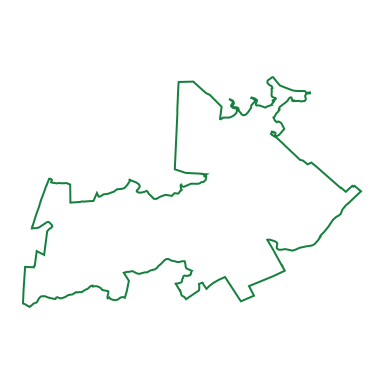 outline of Snagov, Ilfov, Romania
{"feature_id": "2599482B17655976887004", "entity_name": "Snagov", "entity_type": "district", "adm_level": 2, "iso_a3": "ROU", "parent_name": "Romania", "parent_adm1": "Ilfov", "projection": "natural_earth1", "projection_center": [26.137, 44.692], "detail": "fine", "context": "isolated", "style": "outline", "palette": "green", "viewbox_px": 384, "rotation_deg": 0, "n_neighbors": 0, "source": "geoboundaries", "source_scale": "gbopen_adm2", "svg_char_len": 5956}
<svg xmlns="http://www.w3.org/2000/svg" viewBox="0 0 384 384"><path d="M49.1,178.8L46.5,185.6L46.3,185.6L43.4,193.8L41.4,199.0L40.0,203.3L39.1,206.6L36.0,215.1L32.6,226.0L32.4,226.0L31.9,228.4L36.4,228.1L38.9,227.5L46.3,222.6L47.7,221.9L49.0,222.2L51.2,224.3L52.0,225.4L52.3,226.6L51.0,228.0L49.3,228.9L47.2,231.3L44.1,254.9L36.7,251.1L34.8,265.6L34.6,266.0L33.9,266.3L33.8,267.3L25.1,266.9L23.6,289.4L23.0,303.5L24.6,304.0L28.3,306.2L29.1,306.3L29.5,306.9L30.8,306.1L33.4,303.7L36.2,302.6L37.0,302.1L39.1,298.2L40.1,297.2L41.2,296.4L41.9,296.2L43.5,296.4L44.3,296.1L44.9,296.2L48.5,297.6L54.6,299.0L55.5,298.9L56.2,297.6L57.2,297.2L60.7,298.4L61.4,298.3L64.7,297.2L66.3,296.4L68.1,295.1L72.4,294.4L76.1,292.1L77.3,292.5L79.0,292.1L81.8,292.1L84.0,290.5L87.9,288.6L90.6,286.1L91.9,285.7L92.7,285.6L92.9,286.5L95.3,286.2L97.4,286.3L100.5,287.9L101.2,288.5L102.0,289.7L102.5,290.0L108.1,291.2L108.4,291.8L108.2,293.5L107.5,296.4L107.5,297.8L107.7,298.3L109.4,297.5L109.7,298.3L110.8,299.0L112.5,299.7L115.3,300.2L117.7,299.6L120.3,297.7L122.2,297.1L123.2,297.1L124.8,297.8L126.6,291.9L128.9,280.8L123.8,272.8L126.8,271.9L128.9,271.9L131.8,271.2L132.6,271.2L136.7,273.3L138.6,273.8L140.4,273.6L144.6,272.4L147.2,272.3L150.3,270.5L154.7,269.4L155.9,268.8L157.1,267.7L158.5,265.9L160.7,264.2L164.7,260.0L166.7,259.0L168.4,259.1L169.4,259.4L171.4,260.6L175.3,261.4L177.5,262.1L179.0,262.0L182.6,261.2L184.4,261.2L184.8,261.4L185.3,263.8L185.6,265.3L185.5,266.4L186.4,268.4L191.8,270.8L191.5,271.0L191.5,271.7L190.9,273.2L191.0,273.8L190.0,275.2L189.3,275.1L188.9,275.6L187.7,275.9L186.0,275.9L184.9,275.5L183.6,276.0L183.0,277.4L183.1,278.0L182.6,278.4L182.2,279.4L182.1,280.8L181.3,282.4L178.4,283.3L175.7,283.7L179.1,289.3L179.7,290.6L180.2,290.4L181.6,295.5L184.6,297.2L186.0,299.2L199.0,290.4L199.2,289.9L199.2,287.6L199.4,286.6L198.9,284.0L202.4,282.7L202.7,282.8L203.6,284.8L206.5,288.9L209.0,286.3L212.9,283.2L218.8,279.8L225.0,277.0L240.9,301.3L254.0,295.7L249.0,286.1L273.2,276.2L284.8,270.7L282.4,266.5L282.6,266.3L282.0,265.3L281.8,265.5L272.9,249.3L267.3,239.8L267.9,239.6L269.6,239.7L271.6,240.2L275.5,241.6L276.4,242.2L277.3,243.4L276.7,247.3L276.7,248.0L277.8,249.2L279.0,249.7L280.7,249.8L285.3,249.1L292.0,250.5L293.1,250.5L295.6,249.6L299.6,247.8L306.6,246.3L310.7,245.7L313.0,245.1L314.8,243.9L318.6,239.6L320.2,237.1L319.8,237.1L320.8,235.2L324.0,232.1L328.3,226.8L333.0,219.8L336.5,216.7L338.5,215.7L340.7,214.0L342.4,209.5L346.1,205.1L348.2,203.4L361.0,191.3L354.4,185.8L353.3,186.7L352.3,185.8L345.8,191.8L341.0,187.7L340.7,188.0L316.7,166.9L311.4,162.6L307.6,164.3L302.9,160.5L300.1,159.9L284.0,144.7L283.7,144.9L284.0,144.6L282.9,143.5L275.9,137.1L275.2,136.8L279.1,134.9L284.3,128.9L281.1,122.9L278.6,121.5L277.0,122.1L276.9,121.7L276.1,121.7L274.8,120.4L273.5,117.5L274.1,117.4L276.3,113.5L278.1,111.7L279.3,110.0L278.8,109.9L279.3,108.6L279.0,108.4L279.8,106.9L286.8,101.5L287.7,100.6L288.9,98.4L290.4,97.4L291.4,97.5L291.7,98.1L291.9,99.9L292.6,101.0L293.5,101.1L293.6,100.6L293.9,100.3L295.2,101.1L299.0,100.8L301.3,101.5L302.8,101.1L304.4,101.1L305.1,100.6L305.9,99.1L305.8,98.4L305.4,97.3L305.1,95.9L306.2,93.8L306.7,93.6L310.1,93.3L309.9,92.4L306.1,93.0L305.7,91.8L304.9,91.1L296.2,90.9L292.9,90.5L282.6,86.6L279.7,85.3L273.0,77.1L271.8,77.4L270.9,78.3L268.2,80.0L267.5,81.2L267.3,82.1L267.5,83.0L268.2,83.9L270.3,85.6L271.6,86.1L272.5,88.1L271.5,89.0L271.7,89.8L271.8,91.2L271.6,93.3L271.6,95.5L271.6,95.9L272.4,96.9L274.5,97.9L275.3,97.9L275.8,98.5L275.4,99.4L274.8,99.8L273.2,100.1L272.6,100.5L272.7,100.8L274.0,101.1L274.0,101.3L271.1,105.0L271.3,105.1L267.3,106.4L265.3,107.6L259.9,105.6L258.3,105.4L256.6,105.5L256.2,105.2L255.8,104.4L256.1,103.2L256.9,100.9L256.9,100.0L254.3,98.2L251.5,97.5L251.3,97.9L251.8,97.9L254.6,99.8L254.9,100.4L255.0,101.3L254.5,102.0L253.2,103.2L253.3,103.3L252.7,104.0L253.0,104.4L252.7,104.1L252.4,104.3L252.7,104.6L252.3,104.4L252.1,104.7L252.4,105.0L252.0,104.7L251.3,105.4L251.1,107.9L250.1,109.1L248.4,111.8L246.8,113.7L245.3,114.9L243.5,115.2L242.8,115.1L241.3,114.1L240.8,112.8L239.1,111.4L238.3,108.1L237.0,107.4L235.7,107.2L233.9,107.3L232.9,106.6L232.3,105.8L233.6,104.1L233.9,103.2L233.6,102.0L232.9,100.8L232.2,100.3L229.9,99.3L229.8,99.6L232.0,100.8L232.6,101.3L232.8,101.9L232.3,103.7L231.5,104.6L231.2,105.3L231.1,106.2L232.0,107.2L233.3,108.1L236.3,108.5L237.0,109.1L236.9,111.3L236.3,112.5L236.3,113.1L233.8,115.5L230.8,117.1L228.9,117.6L223.1,117.6L222.0,118.6L220.8,118.6L220.7,119.2L220.1,119.1L220.1,118.4L221.6,106.8L209.7,94.8L206.0,93.1L194.1,82.4L193.4,81.6L178.7,82.0L178.4,84.9L177.3,110.3L177.4,112.9L174.8,169.3L185.7,172.9L201.3,173.7L202.1,173.8L202.1,174.0L206.6,174.3L205.3,175.1L205.4,175.4L205.1,175.6L205.0,175.4L204.2,175.9L204.3,176.3L205.6,176.0L206.0,176.2L206.1,176.5L205.9,176.5L205.9,179.4L205.5,180.1L203.9,181.6L203.3,182.0L201.2,182.2L199.7,183.4L197.7,183.8L191.0,183.7L183.8,186.8L181.9,186.4L181.5,185.0L181.2,184.6L180.7,185.2L180.6,186.2L181.2,189.2L180.9,190.3L181.2,190.3L180.7,190.8L180.5,190.7L180.2,191.0L179.5,191.8L179.2,192.6L178.1,193.6L174.5,193.2L171.8,195.9L166.1,194.9L164.9,195.0L160.0,196.8L156.4,198.9L153.8,198.8L152.9,197.7L152.3,197.4L152.1,196.9L148.8,193.8L147.4,191.4L146.7,190.9L144.3,191.9L140.6,192.7L138.5,192.5L137.0,191.7L136.7,191.2L136.8,190.4L137.6,189.8L139.3,187.7L139.8,186.4L139.4,185.2L138.6,184.1L136.3,182.5L129.5,179.7L129.4,179.9L130.0,180.5L129.6,181.5L127.0,185.3L124.4,188.1L121.4,188.9L117.0,189.3L113.8,191.7L107.6,193.9L103.6,194.3L100.5,196.3L98.9,196.7L98.5,196.4L96.9,193.0L93.5,200.9L84.8,201.5L83.0,201.6L82.2,201.4L79.8,202.0L70.4,202.6L70.2,184.5L68.3,183.9L67.0,183.1L61.5,183.3L59.1,183.0L56.8,183.4L51.5,182.5L51.1,182.3L51.9,180.0L51.3,179.7L51.0,179.1L50.5,179.1L50.2,178.7L49.1,178.8ZM275.2,136.8L271.4,134.5L270.9,133.9L271.5,133.1L271.7,132.0L272.1,132.2L272.3,131.8L273.3,132.4L273.6,131.9L275.5,133.0L275.2,134.4L275.2,136.8Z" fill="none" stroke="#15803d" stroke-width="2"/></svg>